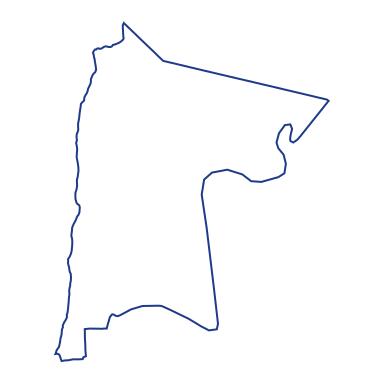 Bahri, Khartoum, Sudan
{"feature_id": "16777658B15021592307574", "entity_name": "Bahri", "entity_type": "district", "adm_level": 2, "iso_a3": "SDN", "parent_name": "Sudan", "parent_adm1": "Khartoum", "projection": "equal_earth", "projection_center": [32.683, 15.975], "detail": "fine", "context": "isolated", "style": "outline", "palette": "blue", "viewbox_px": 384, "rotation_deg": 0, "n_neighbors": 0, "source": "geoboundaries", "source_scale": "gbopen_adm2", "svg_char_len": 2948}
<svg xmlns="http://www.w3.org/2000/svg" viewBox="0 0 384 384"><path d="M328.6,100.9L327.9,100.3L327.0,99.6L323.3,98.7L319.8,97.9L309.4,95.4L253.5,82.2L237.2,78.4L196.5,68.8L170.5,62.6L163.2,60.9L158.1,56.0L157.3,55.2L157.0,54.9L153.5,51.5L138.5,37.2L136.3,35.0L132.2,31.1L131.3,30.2L129.6,28.6L129.4,28.4L127.9,27.0L127.6,26.7L127.2,26.3L127.0,26.1L125.1,24.3L124.9,24.1L124.5,23.8L123.8,23.0L123.7,23.2L123.7,23.4L122.8,25.3L122.8,27.5L123.1,32.3L123.2,34.6L123.4,37.0L123.6,38.7L122.8,39.9L120.9,41.6L119.1,42.7L116.2,44.0L114.4,44.6L112.8,45.0L111.9,46.4L110.5,47.0L108.5,47.0L107.2,46.5L105.7,46.4L104.2,46.7L102.7,47.7L101.4,48.5L100.0,48.9L98.8,48.4L97.4,48.4L96.2,49.5L95.2,49.4L94.0,50.7L92.9,52.8L93.5,54.0L93.8,55.9L94.2,58.0L94.7,59.2L94.7,60.5L95.0,61.9L95.3,63.8L95.8,67.0L96.1,69.8L95.2,72.2L93.9,73.3L92.8,74.7L90.9,79.1L90.9,81.7L90.4,84.1L89.8,85.2L87.9,89.2L87.7,91.0L86.6,93.5L85.6,94.9L84.3,97.7L84.1,100.6L82.6,101.9L80.9,103.9L80.7,106.4L80.3,108.7L79.6,113.6L79.2,117.5L78.6,121.1L78.1,123.3L78.1,127.4L78.3,129.6L77.7,132.0L76.8,133.9L76.6,135.5L76.6,137.8L76.9,140.5L76.1,142.9L76.7,145.6L77.2,149.2L76.9,152.8L76.7,155.8L76.7,157.6L77.6,162.0L78.3,166.9L78.5,170.7L77.6,177.4L77.0,179.3L76.9,181.1L77.1,185.9L76.7,188.4L76.4,189.9L75.4,192.9L75.4,194.8L75.4,197.5L75.6,199.6L76.4,202.4L77.1,203.7L78.5,204.7L79.3,205.4L79.8,207.6L79.4,212.4L78.9,213.6L78.5,214.9L77.2,216.4L76.6,217.9L75.6,220.5L73.7,223.9L73.0,225.6L72.2,227.4L72.0,230.2L71.3,235.8L72.1,238.7L72.3,241.6L72.2,245.5L71.7,250.5L71.0,253.6L69.6,256.8L69.0,257.8L68.0,259.1L68.2,260.5L68.0,263.1L68.3,264.6L69.1,267.3L69.3,269.0L69.5,270.7L70.0,272.4L70.7,273.6L70.8,275.2L71.0,277.1L70.9,280.0L70.6,281.8L70.2,283.4L70.2,285.7L69.6,287.6L69.2,290.6L69.4,295.0L69.0,296.6L68.7,301.4L68.1,307.9L67.5,312.9L66.8,314.5L67.0,316.8L66.6,318.2L65.2,320.8L64.2,322.2L63.7,323.4L62.8,325.4L62.9,327.2L61.9,329.7L61.6,334.2L61.2,336.2L60.6,338.0L59.9,342.9L59.0,346.9L56.5,350.4L56.1,352.3L55.4,354.0L56.7,353.8L57.8,353.8L59.0,354.5L59.7,355.5L60.2,356.9L60.7,358.6L61.6,361.0L63.4,360.7L66.1,360.3L67.2,360.4L68.6,360.2L71.0,359.7L72.1,359.5L73.3,359.3L74.8,359.3L77.3,359.3L79.6,359.3L82.7,359.1L83.3,357.3L85.9,356.2L85.4,350.0L85.3,344.7L84.9,337.6L84.8,329.1L89.4,328.6L99.0,328.7L102.0,328.8L104.2,328.5L106.7,328.6L107.8,324.3L108.9,320.6L109.9,317.0L112.2,314.3L113.6,314.5L116.1,316.0L117.8,316.1L119.7,315.4L121.1,314.7L131.0,309.4L142.5,306.0L158.7,305.7L161.1,305.9L163.1,306.6L170.5,310.0L188.5,318.7L201.6,326.6L209.0,330.4L216.8,329.3L218.0,323.9L213.9,288.1L207.6,235.7L206.6,227.4L201.7,194.6L204.1,179.6L212.0,172.6L227.3,169.7L242.3,174.4L251.2,181.2L261.4,181.9L278.4,177.1L284.4,173.3L285.9,163.8L283.6,154.7L278.3,148.2L276.5,142.5L279.0,133.2L284.9,125.1L290.3,124.4L292.1,128.9L290.6,135.0L290.1,138.9L290.5,141.1L293.3,142.5L297.2,139.8L300.4,136.2L328.5,101.0L328.6,100.9L328.6,100.9Z" fill="none" stroke="#1e3a8a" stroke-width="2"/></svg>